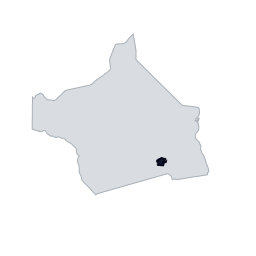 Kibwezi West, Eastern, Kenya shown in context, rotated 315°
{"feature_id": "3690345B25425189689724", "entity_name": "Kibwezi West", "entity_type": "district", "adm_level": 2, "iso_a3": "KEN", "parent_name": "Kenya", "parent_adm1": "Eastern", "projection": "orthographic", "projection_center": [37.912, -2.311], "detail": "fine", "context": "in_parent", "style": "filled", "palette": "ink", "viewbox_px": 256, "rotation_deg": 315, "n_neighbors": 0, "source": "geoboundaries", "source_scale": "gbopen_adm2", "svg_char_len": 4499}
<svg xmlns="http://www.w3.org/2000/svg" viewBox="0 0 256 256"><g transform="rotate(315 128 128)"><path d="M58.0,152.5L58.0,149.5L58.4,141.9L58.3,135.2L58.7,131.9L60.4,129.7L61.1,128.2L61.7,126.0L62.5,124.3L64.5,122.8L64.9,122.1L66.9,119.7L68.2,116.6L69.1,115.5L70.3,114.6L71.1,114.1L72.5,113.6L73.6,113.3L73.7,113.0L73.8,112.5L73.5,110.6L73.9,110.0L74.7,108.7L75.5,107.5L76.3,106.8L76.7,106.0L76.9,104.7L76.9,103.7L76.9,102.2L76.7,98.7L75.8,95.7L75.3,92.4L75.7,91.4L75.0,89.4L74.6,89.3L74.1,88.9L73.4,87.1L72.8,85.4L72.5,85.0L70.1,83.6L69.0,80.2L67.7,79.4L67.0,76.0L66.8,75.1L67.6,71.7L67.5,70.9L66.7,70.2L64.5,69.5L62.8,68.1L63.0,67.6L63.1,67.1L62.2,66.7L59.5,61.0L63.0,57.5L66.6,54.0L71.2,49.5L75.3,45.4L79.0,41.9L82.2,38.7L82.1,39.3L82.1,40.1L82.5,40.6L83.2,40.9L84.1,40.6L84.9,40.1L85.7,40.0L90.5,41.3L91.3,42.4L91.3,43.7L91.5,44.6L91.1,45.4L90.7,48.2L90.8,50.6L92.2,52.5L93.5,53.9L94.6,55.9L95.3,56.6L96.4,56.9L99.7,57.0L104.6,57.1L109.4,57.2L109.8,57.3L110.8,57.5L115.2,60.3L119.1,62.8L122.5,65.0L125.8,67.1L129.0,69.1L131.5,70.9L133.9,71.4L137.9,71.6L140.6,71.7L143.2,72.4L147.0,73.1L149.8,73.4L151.5,73.8L156.2,74.2L157.0,74.0L159.0,72.1L161.4,69.0L162.3,67.3L165.3,65.7L170.6,63.3L174.3,61.7L178.4,60.0L180.3,61.4L182.9,63.8L184.1,64.9L185.0,65.4L186.4,65.8L188.1,65.8L189.1,65.7L191.0,65.4L195.5,65.2L198.0,65.2L195.9,68.3L193.3,72.0L188.6,78.7L185.0,82.3L182.2,85.0L182.0,85.5L182.0,88.5L182.1,95.9L182.1,110.7L182.2,125.5L182.3,140.3L182.3,147.7L182.3,150.2L184.7,153.3L187.1,156.3L190.2,160.4L191.8,162.5L192.1,163.2L192.0,164.7L189.4,167.7L187.3,169.1L184.5,169.7L183.7,169.6L182.6,169.1L182.1,169.9L181.8,171.0L181.2,170.8L180.7,170.4L181.0,172.4L181.3,173.4L180.9,174.8L179.5,175.9L179.4,176.9L176.4,179.5L172.2,179.8L170.0,181.0L169.0,182.1L168.2,184.4L168.5,187.9L167.3,190.6L167.1,192.0L164.9,193.7L163.9,195.3L163.2,197.0L162.6,197.7L161.9,201.4L160.9,203.6L160.6,204.3L160.3,205.0L159.5,206.3L159.0,207.2L158.7,207.8L156.1,213.5L154.1,216.1L152.5,215.8L151.5,216.8L151.4,217.3L150.8,217.0L149.5,216.1L146.8,214.1L144.1,212.2L141.5,210.2L138.8,208.3L136.1,206.3L133.4,204.4L130.7,202.5L128.0,200.5L126.4,199.4L125.7,198.7L125.2,197.4L124.9,197.0L124.2,196.6L123.3,196.5L123.1,196.3L123.1,195.6L123.4,194.7L124.4,192.9L124.5,191.9L124.3,190.7L124.0,188.8L123.7,188.3L121.9,187.3L118.2,185.2L114.5,183.1L110.7,181.1L107.0,179.0L103.2,176.9L99.5,174.8L95.7,172.7L92.0,170.6L88.2,168.5L84.5,166.5L80.8,164.4L77.0,162.3L73.3,160.2L69.5,158.1L65.8,156.0L62.0,154.0L60.6,153.2L59.4,152.5L58.0,152.5ZM182.5,172.8L181.9,172.9L182.2,171.9L184.2,170.7L184.9,170.9L185.1,171.2L185.0,171.5L184.7,171.8L182.5,172.8Z" fill="#d9dde1" stroke="#a8b0b8" stroke-width="1"/><path d="M122.9,175.4L125.0,177.9L126.4,179.5L128.0,178.7L128.5,178.4L128.9,177.7L129.2,177.2L128.8,177.1L128.7,177.1L128.5,176.9L128.8,176.7L129.0,176.5L129.2,176.4L129.3,176.5L129.5,176.8L129.8,176.8L129.7,176.9L129.5,177.1L129.4,177.3L129.5,177.3L129.4,177.5L129.6,177.9L129.7,178.0L129.9,178.4L130.2,178.6L130.3,178.9L130.3,179.0L130.5,179.1L130.9,178.9L131.2,178.7L131.7,178.4L131.4,178.3L131.2,178.3L131.1,178.2L130.9,178.1L130.7,178.0L130.7,177.9L130.6,177.7L130.5,177.4L130.5,177.2L130.8,177.1L130.9,176.9L130.9,176.7L131.0,176.7L131.3,176.6L131.5,176.6L131.7,176.4L131.8,176.3L131.9,176.2L132.0,176.2L132.1,176.3L132.1,176.2L132.1,176.3L132.1,176.2L132.1,175.9L132.2,175.7L132.3,175.7L132.2,175.6L132.0,175.4L131.9,175.3L131.9,175.2L131.8,174.9L131.7,174.9L131.5,174.7L131.4,174.6L131.3,174.4L131.2,174.3L131.2,174.2L131.2,173.9L131.2,173.7L131.0,173.4L130.9,173.2L130.8,172.9L130.6,172.9L130.4,172.8L130.4,172.7L130.2,172.6L129.8,172.7L129.7,172.8L129.4,172.9L129.4,172.7L129.2,172.5L129.2,172.4L128.9,172.4L128.7,172.3L128.6,172.2L128.5,172.3L128.4,172.2L128.3,172.3L128.2,172.3L128.1,172.2L127.9,172.0L127.7,172.2L127.4,171.9L127.3,172.0L127.3,171.9L127.2,171.9L127.1,172.0L126.8,172.1L126.7,172.0L126.7,171.9L126.7,172.0L126.6,171.9L126.4,171.8L126.4,171.7L126.2,171.7L126.3,171.6L126.2,171.5L125.9,171.5L126.0,171.5L125.9,171.4L125.7,171.4L125.5,171.5L125.4,171.5L125.2,171.7L125.0,171.8L124.9,171.9L124.8,172.0L124.7,172.3L124.8,172.5L124.7,172.6L124.8,172.7L124.4,172.8L124.6,172.8L124.8,173.0L125.1,173.3L124.9,173.3L124.7,173.5L124.5,173.8L124.4,173.9L124.3,174.0L124.3,174.3L124.3,174.5L124.2,174.7L124.2,174.8L124.2,175.0L123.9,175.0L123.7,175.2L123.5,175.3L123.4,175.2L123.4,175.3L123.3,175.2L123.2,175.2L123.1,175.3L122.9,175.4L122.9,175.4Z" fill="#0f172a" stroke="#020617" stroke-width="1.5"/></g></svg>